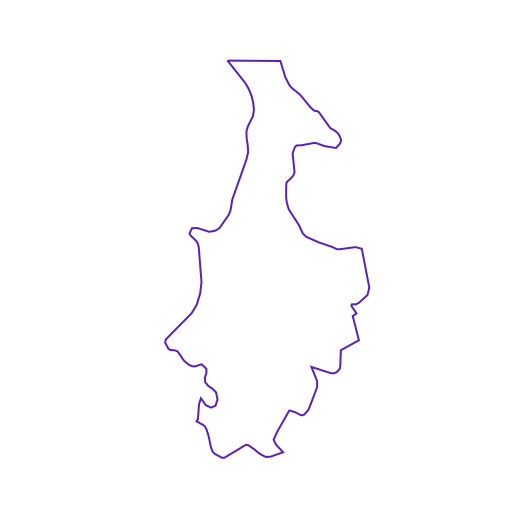 outline of Jutiapa, rotated 152°
{"feature_id": "GTM-1962", "entity_name": "Jutiapa", "entity_type": "Department", "adm_level": 1, "iso_a3": "GTM", "parent_name": "Guatemala", "parent_adm1": "", "projection": "equal_earth", "projection_center": [-89.89, 14.155], "detail": "fine", "context": "isolated", "style": "outline", "palette": "violet", "viewbox_px": 512, "rotation_deg": 152, "n_neighbors": 0, "source": "natural_earth", "source_scale": "10m", "svg_char_len": 2340}
<svg xmlns="http://www.w3.org/2000/svg" viewBox="0 0 512 512"><g transform="rotate(152 256 256)"><path d="M303.9,304.1L304.2,304.8L304.0,307.3L299.3,310.6L294.5,308.1L286.0,299.4L280.0,297.4L275.2,297.8L260.8,305.1L257.3,308.0L250.3,317.1L218.9,345.9L214.1,351.5L211.3,357.7L209.1,364.1L206.1,370.3L202.1,374.5L193.1,380.8L189.2,386.0L186.6,392.4L184.8,399.3L184.0,406.5L184.2,413.4L189.4,442.0L189.4,441.9L142.9,416.7L144.1,410.8L146.2,399.8L146.3,391.9L146.1,389.8L145.5,387.6L141.3,377.6L138.2,362.2L137.1,358.7L136.1,356.6L134.5,355.6L133.8,354.9L133.2,354.1L132.9,353.1L130.5,334.9L130.0,333.2L128.3,330.9L127.3,329.1L126.1,326.0L125.9,324.4L125.9,322.1L126.2,319.5L126.7,318.0L128.7,316.0L134.7,313.8L143.8,320.8L150.2,327.8L151.8,328.6L164.7,332.7L167.9,334.4L169.3,334.3L170.4,334.0L175.5,329.4L180.6,316.9L182.6,312.0L183.8,310.8L185.6,309.4L189.4,308.0L193.8,306.9L194.5,306.5L196.4,303.8L202.1,293.2L203.8,288.3L204.7,284.6L205.1,282.0L205.1,280.7L203.6,263.2L204.1,253.6L202.5,249.2L194.6,239.0L184.4,228.1L182.2,225.1L180.9,223.7L179.0,222.7L163.9,217.1L159.2,212.7L170.8,174.9L175.2,170.0L175.9,169.2L187.3,166.3L190.9,166.5L192.4,167.6L194.1,168.3L194.8,167.9L195.2,166.5L194.2,158.2L198.8,157.5L204.7,133.3L225.3,133.0L233.1,119.5L234.5,117.6L235.4,117.0L236.6,116.4L238.9,115.8L240.4,115.6L241.7,115.8L242.6,116.0L243.5,116.5L244.5,117.0L259.1,132.0L260.8,116.9L263.5,111.6L270.2,105.7L276.4,100.3L281.8,95.6L288.1,93.3L290.5,93.9L291.7,95.2L292.8,96.9L294.9,99.8L298.5,103.5L299.2,103.9L319.6,91.0L326.6,85.6L326.8,84.2L326.8,79.9L324.3,70.0L337.4,72.0L341.5,73.8L342.2,74.6L344.5,77.9L346.4,81.4L347.9,85.4L351.6,92.6L352.8,93.6L354.0,94.0L378.5,92.7L380.6,93.7L385.1,100.3L386.1,103.3L386.0,105.3L385.7,107.6L384.1,113.6L383.1,116.5L382.1,120.7L381.2,125.7L381.1,128.1L381.1,129.7L381.4,130.3L381.8,131.2L386.0,137.8L386.1,138.0L383.9,139.2L375.8,152.0L371.4,156.2L370.4,148.0L366.9,143.3L362.1,142.8L357.4,147.3L355.3,154.2L356.7,159.2L359.1,163.5L360.1,168.6L358.0,172.9L354.7,176.0L352.8,179.7L354.8,185.9L361.6,187.1L363.9,188.4L365.8,190.7L366.7,192.4L368.6,197.1L369.0,199.2L369.6,205.9L370.2,208.8L371.7,210.6L375.8,213.3L376.9,215.1L376.9,222.0L374.8,224.7L339.7,235.7L331.2,240.8L322.9,249.1L316.4,258.5L302.4,290.7L301.5,294.3L301.8,297.7L303.9,304.1Z" fill="none" stroke="#5b21b6" stroke-width="2"/></g></svg>